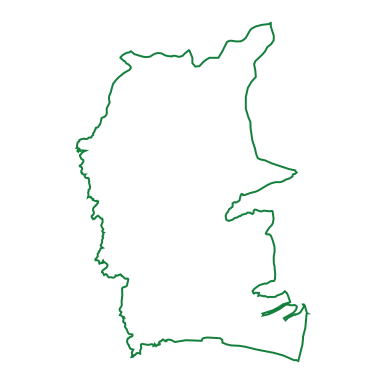 Paser, Kalimantan Timur, Indonesia
{"feature_id": "22746128B17746000623405", "entity_name": "Paser", "entity_type": "district", "adm_level": 2, "iso_a3": "IDN", "parent_name": "Indonesia", "parent_adm1": "Kalimantan Timur", "projection": "orthographic", "projection_center": [116.052, -1.688], "detail": "fine", "context": "isolated", "style": "outline", "palette": "green", "viewbox_px": 384, "rotation_deg": 0, "n_neighbors": 0, "source": "geoboundaries", "source_scale": "gbopen_adm2", "svg_char_len": 5942}
<svg xmlns="http://www.w3.org/2000/svg" viewBox="0 0 384 384"><path d="M131.5,357.0L133.3,356.7L134.0,355.1L135.3,354.9L136.6,353.2L137.9,353.0L140.2,353.7L140.2,350.5L141.3,347.8L140.8,345.1L141.1,344.4L142.2,343.9L147.9,344.9L151.8,344.2L153.1,344.7L153.6,345.4L153.5,346.0L154.1,345.8L154.7,344.1L156.1,346.1L157.8,344.6L158.2,345.0L159.8,344.4L159.8,343.5L159.0,342.7L159.7,341.5L161.2,341.1L162.9,339.4L165.3,341.2L165.8,340.6L166.4,340.9L166.4,340.2L168.2,339.6L170.9,339.9L174.9,342.0L186.0,340.2L201.7,340.8L202.4,338.8L203.5,338.1L207.2,337.5L220.1,338.2L222.3,340.0L222.4,342.6L226.7,344.4L231.0,345.4L239.3,345.8L245.5,346.8L256.4,349.5L273.7,352.8L282.8,355.3L294.1,360.2L296.3,360.1L298.3,361.0L302.4,344.7L303.1,337.8L302.9,337.3L305.3,328.0L306.5,314.5L306.9,313.3L307.4,313.3L306.9,313.0L304.8,305.6L303.7,304.4L303.0,304.5L303.8,305.5L303.8,306.8L300.4,312.4L298.2,313.7L295.4,314.8L295.1,314.3L288.2,317.7L285.5,320.3L283.9,318.2L293.3,312.8L295.7,310.2L296.7,307.9L296.8,306.5L295.9,305.6L294.5,305.0L292.4,305.3L289.6,305.1L288.5,304.5L285.6,304.8L279.8,308.9L272.3,312.7L268.4,314.3L263.2,315.5L263.5,315.1L262.5,313.6L272.9,310.3L278.5,307.4L283.2,304.2L290.0,302.3L290.2,301.8L287.9,295.4L287.0,293.3L284.9,291.3L282.3,293.6L276.7,295.7L275.8,296.7L272.5,297.1L269.7,296.8L268.4,297.3L264.6,296.0L264.0,296.3L260.2,295.4L258.3,295.8L259.0,292.9L255.4,292.8L253.7,293.5L252.6,291.1L254.4,288.8L259.5,285.1L264.4,283.6L266.7,283.6L271.0,281.1L273.8,281.0L274.3,280.6L275.0,278.9L275.2,274.0L274.4,265.3L273.9,264.2L273.7,259.2L273.8,255.9L274.7,251.0L274.4,246.6L272.9,240.9L271.0,235.9L269.5,234.4L266.7,234.3L265.8,233.5L267.2,230.7L269.3,227.7L272.0,224.8L272.9,222.9L273.6,218.7L272.6,211.4L272.1,211.0L269.2,211.3L263.9,210.6L261.7,211.4L259.6,211.2L256.3,209.8L254.6,209.6L253.7,210.8L253.5,213.1L252.6,213.9L252.2,214.0L250.2,212.7L247.3,212.7L246.4,213.6L241.9,214.8L240.4,216.1L239.1,216.2L237.4,217.4L235.0,217.9L232.7,219.6L228.9,220.9L226.4,219.9L225.6,216.0L226.5,213.4L227.9,212.0L229.0,209.4L232.6,206.7L232.6,203.3L234.4,202.1L235.8,202.5L236.9,202.2L239.5,200.5L240.5,195.9L241.5,194.0L242.6,194.2L243.1,195.2L245.9,194.7L250.3,193.0L255.6,191.7L258.2,190.6L267.7,184.9L271.7,183.1L275.9,182.1L280.3,182.1L282.6,181.4L284.8,180.3L285.1,179.8L289.2,178.6L292.6,176.4L292.6,175.3L293.3,174.2L294.8,174.0L296.7,172.6L294.9,170.3L289.1,169.1L271.6,163.3L264.9,160.3L260.8,159.5L257.8,158.2L256.2,154.1L254.9,148.2L252.4,140.7L250.6,128.2L250.4,122.0L248.3,117.0L245.8,108.7L245.8,97.0L247.9,87.8L251.6,81.6L255.8,77.0L255.4,71.1L254.1,64.1L255.4,61.1L262.0,54.9L264.9,51.6L267.4,47.0L271.2,44.1L273.7,40.3L273.8,35.9L270.8,26.4L270.8,23.0L270.1,23.2L270.0,23.9L261.6,24.9L255.4,26.6L251.8,28.5L250.1,30.2L245.8,37.9L243.1,40.2L240.3,41.4L235.7,41.4L231.2,40.7L229.1,40.9L226.9,42.1L222.0,52.0L218.4,57.8L209.5,57.8L205.8,59.9L202.9,62.4L199.5,66.1L195.4,66.6L192.4,63.2L192.4,57.8L189.5,50.7L188.9,50.2L185.2,53.1L182.5,55.9L179.0,56.9L175.1,55.8L172.8,55.8L172.2,56.4L168.0,56.1L165.0,55.3L161.6,53.4L157.9,53.0L154.4,53.9L149.9,56.7L146.3,57.1L143.0,56.7L134.6,54.2L130.9,51.3L128.9,52.5L126.6,52.8L122.9,54.9L120.4,57.4L120.5,57.9L123.7,60.8L124.6,61.0L126.5,63.5L127.8,64.0L129.8,65.6L130.8,67.1L130.7,68.4L129.4,69.9L124.1,72.9L118.9,77.1L115.9,80.2L113.0,84.0L110.6,92.7L109.2,96.0L108.9,98.8L109.7,102.5L106.7,108.4L106.8,113.3L106.4,114.7L105.0,116.6L101.7,117.9L100.3,123.7L98.3,126.8L97.7,127.4L95.9,127.8L95.5,128.3L95.5,129.5L94.6,130.6L94.3,132.0L93.1,133.3L93.3,134.9L91.8,136.1L91.2,137.5L88.8,137.6L87.4,138.8L85.0,139.1L84.2,138.6L80.9,139.3L79.2,140.3L79.2,141.3L77.6,142.5L77.0,145.8L77.3,146.9L76.6,147.9L77.8,147.9L79.1,148.7L77.5,150.3L77.5,151.2L78.1,151.6L78.1,150.9L79.2,150.9L79.7,150.2L80.4,150.8L80.7,150.3L85.6,150.7L82.3,152.3L81.1,154.2L80.0,154.9L80.0,156.0L81.2,158.6L83.3,160.1L83.4,161.7L81.4,164.6L79.7,165.6L80.0,166.4L81.4,167.0L82.1,168.0L82.1,169.3L81.3,170.8L81.3,172.3L82.2,172.9L81.9,173.5L83.3,174.5L85.4,174.5L84.8,175.1L84.7,176.5L85.5,177.5L86.4,178.0L88.0,178.0L88.9,178.7L88.7,179.6L89.3,181.2L89.0,182.6L90.2,187.1L89.6,189.1L88.5,190.1L88.6,191.5L88.2,192.3L88.5,195.4L88.0,197.2L88.4,196.9L90.2,197.3L90.7,196.9L91.3,197.3L91.8,198.5L93.2,199.0L92.9,200.0L95.6,201.1L97.0,200.8L97.3,201.4L98.1,201.4L98.0,202.7L96.9,204.0L96.6,204.9L95.7,205.2L95.5,206.0L93.8,207.3L93.2,208.5L93.1,210.8L93.8,211.7L93.9,213.5L92.8,215.2L91.7,215.9L91.7,217.2L93.0,219.1L93.5,218.5L94.2,218.9L95.2,218.3L96.2,216.8L98.1,215.7L101.3,218.7L102.3,218.7L102.5,219.3L102.6,222.2L101.2,225.3L101.8,227.0L103.3,229.3L102.2,230.9L102.8,232.1L103.9,232.6L103.1,233.2L103.4,234.9L102.4,236.3L103.2,237.6L102.1,239.8L102.1,242.4L100.7,245.4L101.8,247.2L102.7,247.8L100.6,248.3L99.9,250.5L98.9,251.4L99.1,252.1L97.7,253.7L97.7,256.5L95.5,259.1L95.3,259.8L95.6,260.3L97.1,260.2L98.7,260.8L99.4,262.3L99.1,262.9L99.4,263.7L100.3,263.2L102.7,262.9L102.4,261.7L103.1,260.6L103.5,261.5L107.4,264.4L107.5,265.7L106.6,267.5L102.7,270.4L102.0,271.7L102.0,272.2L102.8,272.5L104.1,275.1L105.8,274.1L106.9,274.7L107.7,276.3L108.8,277.4L110.6,277.2L113.4,277.7L114.2,277.5L115.7,276.1L115.7,275.4L117.3,275.6L120.6,274.4L121.5,275.2L121.5,275.9L122.7,276.4L124.8,278.4L125.9,278.8L127.3,278.5L128.0,278.8L128.3,279.5L126.9,285.6L125.9,286.5L122.6,287.6L122.1,288.5L122.3,295.7L121.6,301.4L121.8,305.2L121.1,306.9L119.9,308.4L119.6,309.7L119.8,310.7L121.4,312.1L120.0,315.1L120.9,315.2L122.2,316.5L123.7,316.9L123.6,317.5L124.1,318.0L123.2,318.2L123.6,319.9L123.2,320.7L123.3,321.9L124.3,322.9L125.0,322.9L125.4,325.0L124.9,326.2L125.1,327.0L126.5,329.0L128.2,333.0L129.5,334.2L132.2,334.3L132.6,334.8L132.4,335.9L131.8,336.5L129.6,337.2L128.9,338.1L128.1,338.3L127.9,339.0L127.4,339.2L127.1,342.1L127.9,344.1L128.9,345.0L128.9,345.8L130.3,348.7L133.3,349.6L131.8,352.4L132.3,354.8L131.5,357.0ZM275.4,310.6L286.0,303.7L267.9,313.5L275.4,310.6Z" fill="none" stroke="#15803d" stroke-width="2"/></svg>